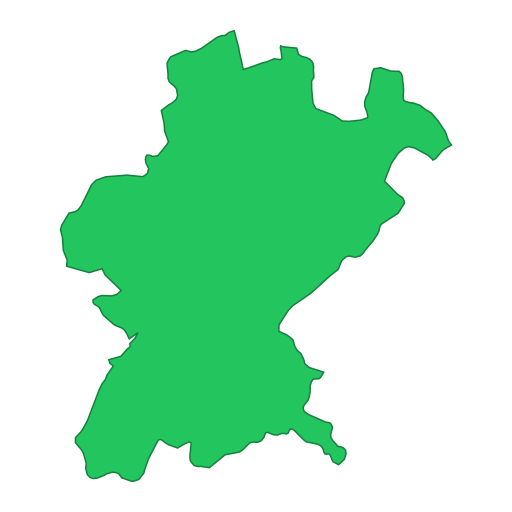 an SVG outline of Santarém
{"feature_id": "PRT-748", "entity_name": "Santarém", "entity_type": "District", "adm_level": 1, "iso_a3": "PRT", "parent_name": "Portugal", "parent_adm1": "", "projection": "natural_earth1", "projection_center": [-8.43, 39.286], "detail": "fine", "context": "isolated", "style": "filled", "palette": "green", "viewbox_px": 512, "rotation_deg": 0, "n_neighbors": 0, "source": "natural_earth", "source_scale": "10m", "svg_char_len": 3874}
<svg xmlns="http://www.w3.org/2000/svg" viewBox="0 0 512 512"><path d="M129.7,343.7L134.9,338.5L138.0,332.6L129.3,338.9L126.6,333.3L125.3,331.2L123.9,329.6L121.8,328.0L115.1,325.3L113.0,323.8L103.5,315.4L101.9,312.9L99.5,307.6L97.3,305.9L94.6,304.5L93.1,302.5L93.1,299.9L97.9,296.7L101.8,295.5L111.5,295.9L116.7,294.5L121.2,290.5L104.9,274.7L102.3,268.7L89.2,272.6L66.6,266.2L67.2,260.1L63.3,250.4L62.4,237.1L60.5,229.8L61.9,224.9L69.0,213.1L75.4,211.6L78.1,209.8L81.2,205.8L91.5,184.8L96.0,180.3L105.5,176.8L126.9,175.1L142.8,176.7L147.4,173.5L148.1,170.4L148.6,169.0L148.6,168.3L148.0,167.3L145.9,162.9L145.4,159.7L145.7,156.9L147.1,155.0L149.6,155.2L152.1,156.3L155.4,156.2L158.0,155.5L166.5,145.0L168.5,141.8L164.6,130.9L164.1,123.3L161.3,110.5L168.3,105.1L171.3,103.4L174.0,101.5L176.4,99.0L177.6,95.4L176.4,88.8L173.9,85.7L171.1,83.6L169.0,81.4L168.0,78.2L168.0,73.4L167.2,66.2L167.1,63.0L168.9,59.5L170.7,56.8L185.6,50.4L191.6,52.0L195.5,51.2L201.5,48.3L217.4,37.1L221.8,35.6L224.9,35.5L229.2,32.3L234.2,30.7L238.7,47.8L239.4,52.3L241.7,61.9L242.2,65.2L242.9,67.7L243.3,69.5L249.3,67.6L262.7,62.8L266.9,61.8L274.1,58.8L280.4,59.6L282.0,58.7L281.0,50.7L280.3,47.9L280.7,45.9L283.1,46.8L296.7,48.1L298.6,54.4L301.8,56.4L306.2,57.5L309.9,59.2L311.9,61.3L313.1,63.7L313.5,65.5L313.6,67.8L313.4,69.7L313.9,77.3L311.6,81.0L311.7,88.8L313.0,103.3L315.9,108.6L334.0,115.4L342.3,121.0L349.3,121.3L360.7,120.1L367.7,117.7L367.6,115.4L367.1,112.8L364.8,106.5L364.6,102.1L366.1,96.8L368.6,92.7L372.4,71.9L374.0,68.8L380.8,67.7L391.1,71.2L399.1,71.3L401.0,73.1L402.0,75.6L402.6,78.6L402.7,81.7L403.3,84.7L403.6,90.8L403.1,97.1L403.9,100.6L406.2,101.7L409.7,102.6L413.7,103.1L420.3,105.4L425.1,109.3L431.2,112.9L437.9,120.6L444.8,130.9L446.1,133.8L448.5,141.0L451.5,145.0L444.5,149.0L442.4,150.6L436.1,158.1L434.6,159.2L432.9,160.1L432.4,159.3L427.9,155.2L414.7,148.1L408.5,146.6L404.2,148.1L398.2,153.3L391.4,163.3L384.5,181.1L397.3,194.1L402.6,197.8L404.0,200.6L404.5,203.1L398.1,213.2L382.3,223.5L380.1,225.6L379.0,231.0L377.5,234.1L372.9,241.1L365.2,250.1L363.9,252.3L362.4,254.0L360.1,256.0L355.4,257.2L349.0,256.0L345.8,256.9L341.6,260.9L338.1,269.5L330.3,275.6L311.0,293.1L292.9,305.6L288.5,310.1L279.0,324.8L278.9,331.4L286.6,334.8L290.0,337.2L293.0,340.0L294.1,344.1L295.2,347.2L297.2,350.4L300.8,353.4L303.0,357.7L304.2,360.9L304.8,363.8L309.2,367.5L323.7,372.2L320.8,377.2L318.8,378.8L314.5,379.0L312.9,379.5L311.3,382.0L310.2,385.8L310.1,392.4L309.3,396.7L308.0,400.2L306.1,402.8L304.2,405.0L303.1,407.7L303.9,410.9L306.4,413.1L308.7,414.6L325.6,422.1L329.7,422.7L330.9,423.9L332.6,427.0L330.8,434.0L330.8,437.2L332.9,440.8L338.1,446.4L340.7,446.8L343.5,447.9L345.5,450.1L346.1,453.7L344.3,459.4L338.6,464.7L333.3,461.9L332.0,459.8L330.1,454.8L328.5,453.7L326.9,454.2L325.0,454.0L323.9,452.3L323.4,449.9L322.1,447.4L320.1,445.3L316.7,444.0L306.4,441.9L303.6,439.8L294.7,430.8L292.4,429.2L290.3,429.1L288.9,431.0L288.3,432.9L286.5,434.0L284.6,433.5L281.4,433.5L277.6,435.1L273.4,434.7L267.7,432.4L265.7,432.7L264.8,434.7L264.1,437.0L262.6,439.2L261.1,440.8L259.3,441.7L256.9,442.4L253.1,442.0L249.7,442.9L243.0,449.6L239.6,452.0L225.1,454.8L209.4,467.7L200.8,466.4L197.8,466.5L194.1,465.5L190.4,461.0L189.9,457.5L190.0,453.9L190.5,450.9L190.6,447.8L191.2,444.8L191.0,442.8L189.3,441.8L183.8,444.3L177.6,448.0L168.5,444.7L164.7,442.4L162.8,440.6L160.3,439.4L158.2,440.2L148.6,458.6L144.6,470.0L143.8,473.2L138.8,479.5L133.3,481.3L131.1,481.1L121.9,477.9L118.8,473.9L116.4,472.7L112.6,472.2L107.1,473.6L103.7,475.5L97.0,478.2L93.3,478.5L90.1,477.5L87.3,474.6L85.7,468.5L86.2,463.3L83.7,454.0L82.4,451.3L81.2,449.5L75.4,442.6L75.5,437.5L80.3,432.6L82.6,429.4L87.5,420.4L98.9,390.5L102.2,383.6L105.4,379.5L106.9,375.2L113.3,366.0L109.9,363.3L108.8,359.7L120.9,356.3L127.6,348.6L129.6,347.4L130.3,346.0L129.7,343.7Z" fill="#22c55e" stroke="#15803d" stroke-width="1.5"/></svg>